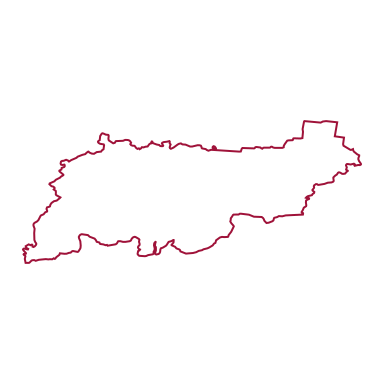 SVG path tracing the border of Kostroma
{"feature_id": "RUS-2356", "entity_name": "Kostroma", "entity_type": "Region", "adm_level": 1, "iso_a3": "RUS", "parent_name": "Russia", "parent_adm1": "", "projection": "natural_earth1", "projection_center": [43.479, 58.454], "detail": "fine", "context": "isolated", "style": "outline", "palette": "rose", "viewbox_px": 384, "rotation_deg": 0, "n_neighbors": 0, "source": "natural_earth", "source_scale": "10m", "svg_char_len": 5977}
<svg xmlns="http://www.w3.org/2000/svg" viewBox="0 0 384 384"><path d="M33.5,247.0L34.8,246.3L36.0,244.9L36.3,244.0L36.2,243.4L35.2,242.0L34.4,240.0L34.2,233.0L34.6,228.7L33.5,225.7L33.5,224.4L33.9,223.5L34.8,222.7L37.0,221.5L38.4,220.1L40.5,216.0L41.0,215.4L43.6,214.3L45.2,212.3L47.1,211.5L47.2,210.9L46.5,208.9L47.0,207.4L49.7,206.6L50.0,206.3L50.4,204.6L51.5,203.0L54.0,201.2L56.7,200.6L59.8,198.1L60.4,197.4L56.3,195.2L55.8,194.4L55.9,191.9L55.7,190.8L53.7,189.5L54.6,188.3L54.5,187.6L53.2,186.6L51.5,186.2L49.4,184.2L49.7,183.4L54.4,181.3L55.8,179.8L60.1,177.6L60.7,176.8L63.3,175.2L63.4,174.8L63.2,174.5L59.9,171.8L59.3,171.0L59.4,170.6L61.4,169.5L61.7,167.9L64.2,167.0L64.7,166.3L64.7,165.1L64.3,164.6L62.2,165.0L61.0,164.6L60.6,163.5L61.0,161.6L62.1,160.9L63.6,160.8L66.1,159.8L68.0,160.5L68.8,161.5L69.1,161.5L71.2,160.1L76.5,157.8L77.6,156.7L82.5,154.8L85.3,154.1L86.4,152.9L88.0,151.7L88.5,151.6L89.5,152.6L91.8,153.6L94.0,153.8L96.7,152.1L101.1,151.6L102.0,150.3L103.5,149.3L104.1,145.2L103.7,144.4L100.1,143.8L98.7,143.0L98.1,142.3L98.0,141.6L98.4,141.0L99.7,140.2L100.2,136.0L101.7,133.7L102.3,133.3L103.6,133.6L105.7,134.6L108.2,134.9L108.5,135.2L108.7,135.9L108.4,138.9L108.8,140.4L113.2,143.3L114.8,142.8L115.7,141.3L116.0,141.1L123.0,140.8L125.2,139.9L127.9,140.0L129.3,140.5L130.3,141.4L131.1,142.8L130.3,144.1L131.2,145.2L132.6,145.7L134.4,145.8L135.0,146.3L135.9,147.7L137.1,148.7L137.5,148.9L138.5,148.4L139.0,148.4L139.6,149.2L141.0,148.4L141.9,147.2L143.6,147.4L145.5,146.7L147.6,146.5L149.3,144.2L150.0,143.7L151.5,143.3L151.2,142.5L151.7,141.5L152.3,141.6L152.6,142.6L153.4,143.3L156.6,144.5L159.2,145.0L160.1,145.9L160.7,146.1L162.1,146.2L162.8,146.1L163.1,145.9L163.2,145.6L162.0,143.6L161.9,143.3L162.3,142.7L163.7,142.1L167.0,141.7L169.4,141.1L169.7,141.5L169.7,143.4L170.6,144.4L169.9,146.4L169.7,147.5L170.0,148.2L170.9,148.8L173.5,147.6L177.7,144.5L179.0,143.8L180.9,143.4L182.4,144.4L185.5,144.6L190.0,146.5L192.3,146.5L197.7,145.2L199.7,145.3L200.9,145.7L201.4,146.7L201.7,148.0L202.1,148.4L205.7,149.1L206.8,150.0L208.4,150.7L211.1,149.8L239.1,151.6L240.8,151.5L241.8,148.6L242.5,148.0L254.1,148.4L254.7,148.1L255.4,147.2L256.5,147.0L260.4,147.5L261.3,148.3L262.3,148.7L263.3,147.8L263.9,147.7L269.4,147.7L270.2,147.5L270.9,146.8L271.6,146.7L272.1,146.8L273.1,147.5L274.9,147.9L282.2,147.9L283.7,147.3L283.8,145.8L284.7,144.2L287.2,140.7L288.3,140.4L292.5,140.2L292.8,140.0L293.3,138.5L293.8,138.3L300.4,138.5L302.4,138.1L303.0,131.8L302.6,129.1L304.0,121.8L304.4,121.1L320.7,122.6L322.9,121.5L326.1,121.1L337.2,122.3L334.8,136.3L344.0,137.6L343.1,144.1L343.5,145.7L350.5,149.9L351.2,149.9L353.0,149.1L353.2,150.3L353.8,151.5L357.2,154.3L359.2,155.3L359.2,156.0L358.5,157.7L358.3,159.1L359.0,161.0L360.8,163.6L361.0,164.1L360.9,164.5L359.9,165.1L358.1,165.0L354.7,165.8L354.4,165.4L354.9,164.5L354.5,164.0L353.9,163.7L350.7,164.5L347.7,164.0L346.8,164.1L346.2,164.7L346.0,165.4L346.8,167.4L346.1,169.6L346.3,169.9L347.5,170.5L347.8,170.8L347.7,171.1L346.8,171.6L345.1,173.6L343.3,173.9L342.1,173.8L340.5,172.8L339.5,172.4L338.6,172.4L338.0,172.8L336.8,174.6L335.2,175.6L333.4,177.4L333.3,177.9L333.7,180.7L333.6,181.2L333.2,181.7L331.6,182.4L327.8,182.7L324.5,183.9L318.6,184.9L317.9,184.8L317.1,184.2L316.0,184.1L314.2,185.3L313.8,186.2L314.1,187.2L314.0,187.9L312.4,190.0L312.6,190.6L314.3,191.9L314.2,192.7L313.9,193.2L312.6,194.0L311.9,195.2L308.1,196.1L306.7,196.9L305.9,197.8L307.0,198.2L308.5,198.0L309.1,198.3L309.1,198.7L309.0,199.0L307.3,199.7L306.1,200.5L305.9,202.5L306.3,205.3L306.1,206.2L303.8,207.7L302.8,210.1L301.6,212.1L301.8,212.6L303.0,213.1L303.1,213.8L302.9,214.6L285.7,215.4L282.3,216.3L278.9,216.1L277.1,217.1L274.3,217.8L274.0,218.2L273.4,220.4L272.5,221.2L268.7,222.7L266.5,223.0L264.4,220.8L263.8,219.2L263.1,218.1L261.7,217.0L253.9,216.7L249.0,214.7L240.8,213.7L239.6,213.8L238.7,214.5L233.6,214.6L232.9,215.1L232.2,216.4L230.8,218.3L230.7,220.0L230.3,221.5L231.3,223.2L233.5,225.7L233.8,226.4L231.2,231.8L228.7,235.0L228.2,236.6L227.9,236.9L224.2,237.1L222.0,236.9L219.9,237.5L216.1,240.3L215.4,242.9L214.0,243.6L212.7,245.4L209.4,247.4L207.5,248.3L203.5,249.3L202.0,250.2L198.7,250.9L196.2,252.2L193.0,253.0L186.0,253.6L180.4,251.4L180.0,250.1L179.4,249.5L176.4,248.4L175.1,246.8L171.7,245.3L171.5,245.0L173.5,242.5L173.7,240.7L173.6,240.0L173.3,240.0L171.5,241.1L168.6,241.9L166.7,244.9L165.9,245.8L162.7,247.7L160.9,248.3L160.4,249.4L160.1,252.0L159.5,253.2L158.6,254.0L156.2,254.5L155.2,253.9L155.2,252.7L155.9,250.4L155.9,247.7L155.8,247.0L154.9,246.0L155.2,243.6L155.9,241.3L154.4,243.0L154.1,244.0L154.0,245.4L154.7,248.3L154.5,250.1L153.6,251.9L153.6,253.7L152.8,254.3L148.2,255.1L146.2,256.0L144.9,256.2L139.2,255.8L137.8,254.5L137.6,253.8L138.1,251.1L139.5,250.4L140.0,249.5L138.8,249.0L138.0,247.6L138.2,246.5L139.6,244.9L139.6,243.8L139.0,241.8L139.4,239.7L138.8,238.9L135.7,237.1L134.8,236.8L133.3,237.2L131.8,238.6L130.9,240.5L129.7,241.2L125.2,241.9L123.1,241.9L120.4,241.2L118.6,241.2L118.1,241.3L116.9,243.4L115.7,244.3L107.6,245.7L107.0,244.9L105.6,245.2L103.3,244.4L100.3,244.0L100.0,243.8L99.4,242.5L96.7,241.8L96.0,240.3L94.6,238.6L89.6,236.7L87.9,235.1L81.8,234.2L80.4,234.7L79.5,235.6L78.8,237.0L79.1,238.4L80.3,241.2L80.7,245.5L80.5,247.9L80.0,249.0L78.3,251.6L77.6,251.9L72.9,251.0L71.9,251.4L70.7,252.6L68.8,252.9L66.6,253.7L64.6,253.8L59.9,253.3L59.4,254.8L56.3,257.2L55.3,258.6L54.8,258.9L53.8,258.3L52.2,259.3L49.9,259.2L48.3,259.4L45.8,259.1L38.8,259.8L35.7,260.8L34.3,260.1L33.1,260.1L31.6,260.5L29.4,262.7L28.5,262.9L25.6,262.9L24.8,258.9L25.4,256.3L25.2,255.8L24.1,255.1L23.6,254.3L23.8,254.0L25.8,253.7L26.0,253.2L23.5,250.4L23.0,249.5L23.1,249.2L23.6,248.7L24.3,248.5L27.2,249.4L28.0,249.4L28.2,248.9L26.2,247.8L25.7,246.2L28.7,244.4L30.6,245.2L31.4,244.7L32.2,244.7L32.5,245.2L32.5,246.6L33.5,247.0ZM213.5,146.2L214.6,146.5L215.4,147.4L216.0,148.4L215.9,149.2L215.3,149.5L212.7,147.9L212.6,147.3L212.8,146.8L213.5,146.2Z" fill="none" stroke="#9f1239" stroke-width="2"/></svg>